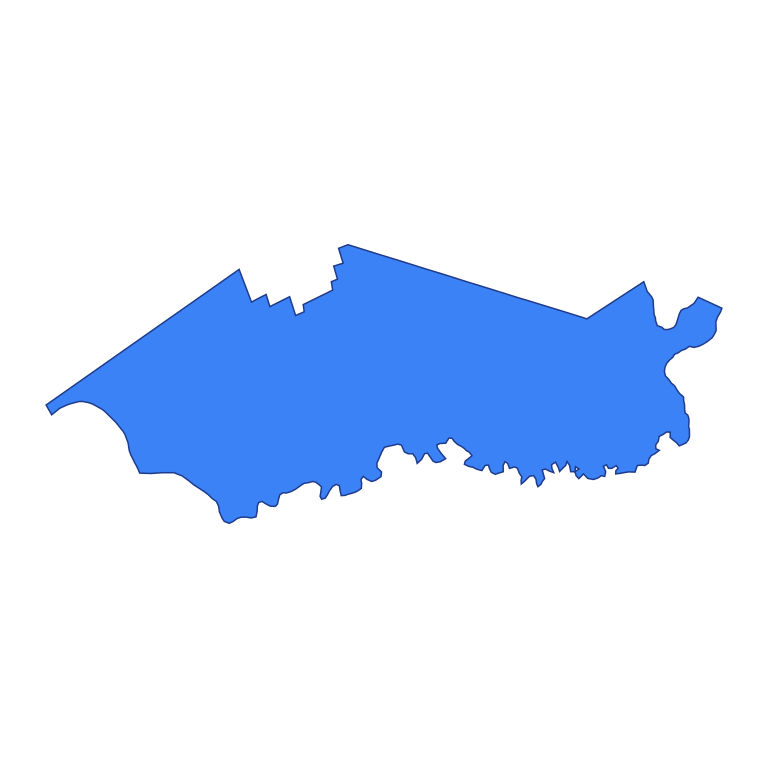 the district of São Miguel do Guamá, Pará, Brazil
{"feature_id": "56859067B56862876029302", "entity_name": "São Miguel do Guamá", "entity_type": "district", "adm_level": 2, "iso_a3": "BRA", "parent_name": "Brazil", "parent_adm1": "Pará", "projection": "robinson", "projection_center": [-47.543, -1.552], "detail": "fine", "context": "isolated", "style": "filled", "palette": "blue", "viewbox_px": 768, "rotation_deg": 0, "n_neighbors": 0, "source": "geoboundaries", "source_scale": "gbopen_adm2", "svg_char_len": 3891}
<svg xmlns="http://www.w3.org/2000/svg" viewBox="0 0 768 768"><path d="M586.8,318.9L583.4,317.7L561.9,311.0L529.9,301.2L517.9,297.6L494.6,290.3L468.3,282.2L443.7,274.4L425.6,268.9L406.9,263.0L376.1,253.5L348.0,244.7L338.6,248.3L343.1,263.2L333.7,266.1L337.5,279.2L331.3,281.7L332.7,290.1L303.2,304.6L304.2,311.8L295.6,315.5L289.6,296.7L269.9,306.6L266.1,294.5L259.7,297.7L251.5,302.1L239.1,269.4L188.8,304.8L157.1,327.0L151.7,330.8L46.1,405.0L51.7,414.8L57.0,410.5L59.7,408.3L66.3,405.2L70.2,403.8L79.0,401.5L83.1,401.5L89.5,402.9L93.0,404.2L102.3,409.4L105.2,411.8L115.9,422.4L123.3,431.6L125.1,434.7L128.1,443.0L129.2,450.4L130.8,454.9L132.7,458.5L134.5,462.3L136.2,465.3L138.1,469.3L139.7,473.1L150.7,473.5L162.4,472.7L173.9,472.7L182.2,475.9L189.0,480.9L193.5,484.6L198.4,487.8L203.6,491.2L208.3,494.7L212.3,498.6L216.4,501.5L218.6,506.2L219.4,511.8L222.2,518.3L224.3,521.4L229.2,523.3L232.9,521.6L237.2,518.5L241.1,517.2L246.0,517.1L251.2,517.9L256.0,516.9L257.2,510.9L257.3,506.2L258.6,502.6L261.9,501.4L265.6,503.7L270.2,506.1L275.2,506.4L277.4,504.2L278.5,499.5L279.8,494.8L283.1,492.7L286.2,493.0L289.0,492.3L292.0,491.1L295.7,489.1L300.0,486.0L303.9,483.4L309.1,482.5L312.3,481.5L315.5,482.0L318.7,484.4L321.5,486.9L320.8,492.2L320.1,496.3L321.6,499.2L325.3,498.1L327.4,494.8L329.4,491.0L332.6,486.5L336.1,484.4L339.3,485.6L340.1,490.7L341.2,495.6L345.0,495.4L347.9,494.3L351.4,493.4L355.2,492.2L358.1,490.7L361.3,488.4L361.7,483.4L360.9,479.7L363.2,476.4L366.9,479.3L371.6,481.5L375.5,480.3L381.0,476.6L381.5,471.9L377.1,467.7L376.9,463.2L381.9,451.7L384.4,447.3L389.5,446.0L393.6,445.2L397.7,444.1L401.5,445.1L404.4,451.9L408.2,453.8L412.8,453.8L415.7,457.8L417.2,463.4L421.6,459.3L424.6,453.6L427.6,453.2L432.9,461.0L435.8,462.5L440.2,461.8L445.7,458.7L441.1,453.3L437.5,448.1L436.9,444.8L440.1,443.5L445.7,443.2L448.9,438.1L452.1,438.2L454.1,441.3L457.8,444.6L461.4,446.4L463.9,448.1L466.5,450.6L469.3,452.2L472.0,455.7L468.5,458.6L465.3,461.0L464.4,464.3L469.1,466.5L472.9,467.2L476.8,469.2L481.9,470.6L485.2,465.4L488.5,465.1L489.4,468.5L491.3,472.3L495.3,474.3L499.4,472.9L503.3,471.7L503.1,465.6L505.0,461.6L507.7,463.4L509.5,468.4L514.7,466.9L517.4,468.2L519.2,473.0L521.8,476.8L521.1,480.4L521.3,484.0L524.5,481.3L527.4,478.4L529.7,476.2L533.7,475.7L536.0,479.3L536.6,483.6L537.9,486.7L540.9,484.4L542.3,481.5L544.6,478.6L543.4,474.2L542.2,469.9L545.4,469.0L549.2,471.0L553.7,472.6L551.9,468.4L551.6,464.6L555.6,462.2L558.5,467.9L559.6,471.5L563.2,467.7L565.6,465.6L567.0,461.5L569.6,465.5L570.7,471.7L575.0,471.7L576.1,475.7L578.8,478.6L581.3,476.2L583.4,473.9L587.8,478.4L593.4,479.5L597.7,478.1L601.3,475.7L604.7,476.4L605.7,471.7L603.5,466.3L606.4,464.7L608.5,468.3L611.9,468.3L616.2,465.6L618.2,468.4L615.9,470.6L615.7,473.9L619.9,473.4L623.3,472.8L628.5,471.9L635.0,472.1L637.3,465.5L641.5,465.1L644.9,465.5L648.2,463.2L648.9,459.1L651.3,455.5L654.7,453.8L659.3,450.3L655.9,448.8L655.7,444.9L658.3,441.2L659.1,436.5L663.2,434.4L666.6,432.0L670.3,432.2L670.1,437.4L673.2,440.1L676.7,442.8L679.2,445.9L685.9,443.0L688.4,439.9L689.5,436.5L689.4,429.6L688.6,426.1L689.0,422.4L688.9,418.5L687.7,415.0L685.1,413.0L684.6,409.0L684.6,405.1L683.7,400.9L683.5,396.9L679.5,393.5L676.6,389.3L674.7,385.9L671.4,383.2L668.8,379.4L665.5,376.0L664.4,371.6L665.0,367.1L666.8,363.2L669.6,360.0L672.6,357.4L674.6,354.3L678.4,352.7L681.4,350.5L685.4,349.1L689.4,346.3L693.9,347.4L698.7,346.3L703.8,343.8L708.6,340.6L712.3,337.5L714.6,333.8L716.1,330.6L715.9,321.7L717.6,316.9L720.4,312.2L721.9,308.2L698.1,297.2L694.0,303.4L687.4,308.0L683.8,308.8L681.1,310.3L679.3,313.9L677.1,321.2L676.0,324.6L673.8,327.4L670.4,328.9L667.2,329.6L664.1,329.4L661.8,327.2L657.3,325.6L655.7,321.1L655.4,317.7L654.1,314.6L653.4,305.6L653.1,299.9L651.6,296.8L647.2,291.4L643.8,281.7L586.8,318.9ZM575.0,471.7L575.5,466.7L579.0,469.0L575.0,471.7Z" fill="#3b82f6" stroke="#1e3a8a" stroke-width="1.5"/></svg>